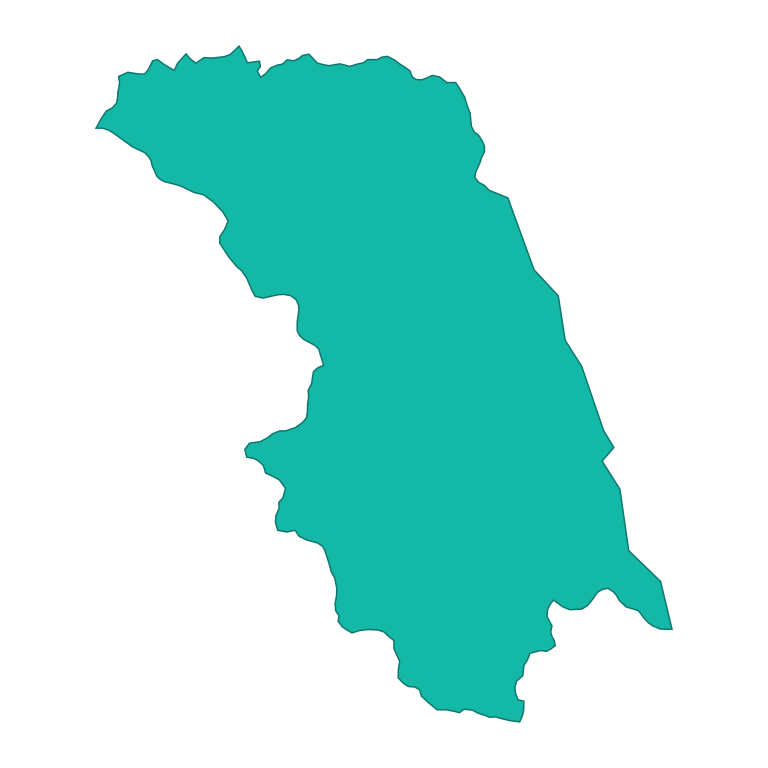 Beneditinos, Piauí, Brazil (Mercator projection)
{"feature_id": "56859067B90877383112552", "entity_name": "Beneditinos", "entity_type": "district", "adm_level": 2, "iso_a3": "BRA", "parent_name": "Brazil", "parent_adm1": "Piauí", "projection": "mercator", "projection_center": [-42.424, -5.514], "detail": "fine", "context": "isolated", "style": "filled", "palette": "teal", "viewbox_px": 768, "rotation_deg": 0, "n_neighbors": 0, "source": "geoboundaries", "source_scale": "gbopen_adm2", "svg_char_len": 3377}
<svg xmlns="http://www.w3.org/2000/svg" viewBox="0 0 768 768"><path d="M455.8,82.6L446.7,82.5L439.7,77.0L432.3,75.4L427.0,77.9L421.9,79.8L416.1,79.6L412.2,76.9L409.9,70.8L404.6,67.0L400.1,64.2L394.2,59.8L387.5,56.4L382.1,57.1L377.1,59.6L367.6,59.6L363.4,62.8L357.6,64.0L349.8,66.4L340.2,63.9L334.4,64.7L329.3,65.7L324.7,65.0L317.2,63.0L309.0,54.2L302.5,55.4L298.9,58.4L293.9,60.8L287.2,59.8L282.3,64.2L277.6,65.0L270.6,67.9L265.6,73.7L260.6,77.4L257.4,71.2L260.4,66.4L259.4,61.2L247.4,62.8L244.5,56.1L241.6,50.3L239.0,46.1L235.0,50.1L229.9,54.7L224.1,56.7L211.9,58.1L204.1,57.6L195.8,63.2L190.0,58.6L186.0,53.9L177.8,63.0L174.2,70.4L164.1,64.5L157.6,59.6L152.7,60.8L148.3,69.6L144.6,74.0L138.9,74.0L127.8,72.3L118.6,76.5L119.6,82.3L118.9,87.4L117.9,92.3L117.6,97.7L116.6,103.1L112.3,107.9L106.4,111.0L101.6,118.0L96.0,128.2L102.6,128.2L108.6,130.1L113.2,132.9L132.2,146.6L137.1,149.1L144.5,152.5L148.8,156.9L151.2,161.0L152.2,165.7L156.9,176.3L160.5,179.6L164.9,181.8L174.2,184.1L180.5,186.0L193.9,192.4L203.6,194.8L212.9,201.5L222.8,211.9L228.2,221.0L224.4,229.8L219.9,236.6L219.7,243.0L228.9,257.2L237.0,266.8L241.4,270.5L246.7,278.0L251.9,290.3L255.3,296.4L262.8,298.1L270.9,296.3L278.4,294.7L283.8,294.4L290.3,295.5L296.1,299.6L298.6,305.4L298.9,309.9L297.2,321.9L297.2,330.8L299.6,335.5L303.4,339.2L315.2,345.6L318.8,349.2L320.3,354.4L323.6,365.4L318.1,367.6L313.5,371.5L312.5,377.4L311.6,383.6L308.2,390.3L308.6,396.9L307.6,404.3L307.4,411.9L306.5,417.8L302.6,422.4L295.6,427.5L285.7,430.9L279.9,430.9L272.6,433.7L267.2,438.0L260.1,441.7L249.4,443.2L244.8,449.5L246.8,457.2L253.8,458.4L258.2,460.8L263.3,465.3L265.6,473.0L271.8,475.8L279.1,479.7L282.8,484.5L285.5,488.5L282.8,498.0L278.8,502.4L279.1,508.3L276.0,515.4L275.4,522.3L277.7,530.3L286.9,532.0L295.0,530.3L299.3,536.4L306.6,539.9L317.6,543.0L322.7,546.4L324.9,550.6L326.9,556.8L329.0,563.3L331.2,571.7L334.9,578.3L336.8,588.6L336.5,595.9L335.1,603.5L335.7,610.8L339.0,615.8L338.1,621.1L342.2,626.7L346.1,629.5L352.0,632.9L359.3,630.6L367.8,629.5L373.2,629.7L378.0,630.0L383.9,631.9L388.7,636.4L393.9,640.5L393.9,648.6L399.7,661.3L398.4,668.9L398.2,677.9L403.4,683.3L408.5,686.5L414.8,687.0L419.7,689.9L421.4,696.1L429.0,703.1L437.1,709.8L446.4,709.8L455.0,711.5L459.4,712.7L464.0,709.2L472.5,710.2L478.6,713.4L484.4,715.1L489.6,717.3L495.4,716.9L501.5,718.6L509.8,720.6L519.7,721.9L522.7,714.9L523.7,709.8L523.9,701.2L518.0,699.7L515.4,692.8L515.0,687.2L516.4,681.3L522.8,675.7L523.9,665.5L527.3,660.1L530.1,653.2L540.7,650.5L546.3,651.4L550.5,649.2L555.3,645.6L554.1,640.3L551.9,636.4L550.7,631.9L552.0,625.8L547.1,616.7L547.5,609.7L550.5,603.7L553.6,600.1L562.6,606.7L569.7,609.7L581.9,609.1L587.2,605.7L590.9,601.6L594.3,596.9L597.3,592.5L602.1,589.5L607.9,588.3L613.0,591.5L616.4,595.2L619.4,600.6L626.2,606.9L634.5,609.4L638.6,610.9L644.5,618.7L648.4,622.8L653.0,626.0L660.1,628.9L666.4,629.4L672.0,629.2L660.6,581.5L628.7,550.6L627.6,543.0L619.9,489.2L602.1,461.1L613.8,447.6L603.5,430.3L581.7,366.3L577.0,359.0L568.3,345.3L565.3,340.5L564.1,333.6L558.3,295.9L539.9,276.1L534.1,269.9L518.8,227.9L512.0,209.3L508.0,198.0L488.9,190.2L484.5,185.5L478.4,182.1L474.9,177.4L475.7,172.1L479.9,162.8L482.0,156.5L484.5,151.5L484.4,146.0L482.5,141.5L478.6,135.2L474.3,132.0L471.5,126.6L470.8,120.7L470.1,112.9L467.6,107.0L464.7,97.3L459.2,87.9L455.8,82.6Z" fill="#14b8a6" stroke="#0f766e" stroke-width="1.5"/></svg>